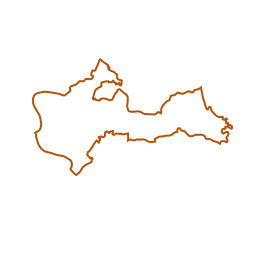 Hung Nguyen, Nghệ An, Vietnam, rotated 107°
{"feature_id": "81297802B19242536298701", "entity_name": "Hung Nguyen", "entity_type": "district", "adm_level": 2, "iso_a3": "VNM", "parent_name": "Vietnam", "parent_adm1": "Nghệ An", "projection": "orthographic", "projection_center": [105.613, 18.684], "detail": "fine", "context": "isolated", "style": "outline", "palette": "amber", "viewbox_px": 256, "rotation_deg": 107, "n_neighbors": 0, "source": "geoboundaries", "source_scale": "gbopen_adm2", "svg_char_len": 5765}
<svg xmlns="http://www.w3.org/2000/svg" viewBox="0 0 256 256"><g transform="rotate(107 128 128)"><path d="M159.8,215.4L161.3,213.9L164.1,212.8L167.7,210.4L170.7,208.0L173.2,204.9L174.3,201.9L174.6,200.9L174.7,199.4L174.4,194.5L174.5,187.6L173.9,182.7L173.8,181.3L174.0,180.1L174.6,177.7L175.3,174.6L175.6,173.7L176.5,172.6L178.0,171.5L179.3,170.9L181.0,170.7L182.1,170.7L183.5,171.0L184.0,171.0L184.6,170.6L187.5,165.7L187.9,164.5L188.0,163.6L184.9,161.7L182.8,160.7L180.2,160.2L178.5,159.6L177.1,158.7L175.6,157.6L171.2,152.9L168.2,153.7L167.7,153.0L167.0,153.5L167.9,155.3L167.7,155.4L165.8,159.1L162.8,159.3L160.9,157.9L151.7,155.3L149.7,154.6L149.1,154.3L150.5,151.7L150.3,151.4L150.1,151.4L149.4,151.7L149.1,151.7L148.4,151.3L146.9,151.4L146.3,151.8L146.2,152.2L146.3,152.5L146.2,152.8L145.2,153.2L145.1,152.2L144.9,151.9L144.1,151.6L144.0,151.4L144.1,149.0L143.9,148.6L143.3,148.1L142.1,147.8L141.1,148.0L139.9,148.5L139.2,148.6L137.9,147.9L137.6,147.6L137.6,147.2L138.2,144.5L138.1,144.3L137.9,144.2L137.1,144.5L136.9,144.0L135.1,141.5L135.2,141.3L135.4,141.2L138.0,141.2L138.6,140.8L138.7,140.3L138.7,139.5L138.6,139.4L137.3,138.3L136.8,137.7L136.3,135.6L136.2,134.7L135.4,132.9L135.7,132.4L135.8,132.0L135.7,131.2L133.2,126.4L138.4,124.6L139.9,124.3L139.1,123.6L138.5,122.7L138.3,122.1L138.3,121.3L138.2,118.8L137.9,118.2L136.4,116.3L136.1,115.6L135.9,113.9L135.6,113.1L134.9,111.8L134.2,108.9L134.6,106.9L134.9,105.5L135.0,104.2L135.0,103.4L134.8,102.6L134.3,100.8L133.0,98.0L131.9,98.7L131.2,98.9L130.5,99.0L130.1,98.4L129.6,97.9L129.0,97.5L128.2,96.8L127.3,95.9L125.7,92.1L124.2,89.3L123.2,86.4L122.6,85.4L121.9,84.5L121.3,83.9L120.1,83.2L119.4,82.6L118.5,81.8L117.9,81.0L117.4,79.8L114.5,80.3L113.9,80.0L113.3,79.0L113.2,78.4L113.4,78.0L114.5,76.9L114.8,76.2L114.5,73.9L114.6,73.2L114.8,72.5L115.1,71.8L116.6,69.6L117.3,68.2L117.6,67.3L117.6,66.1L117.5,65.3L117.2,64.6L116.6,63.7L115.7,62.5L114.6,61.3L114.2,59.4L113.1,56.6L113.0,55.5L112.9,54.5L113.1,53.1L113.3,52.3L113.6,51.9L115.1,50.7L115.4,50.1L115.6,49.5L115.5,48.9L114.8,47.5L114.7,46.9L114.7,46.2L114.7,45.5L115.4,43.5L115.5,41.7L115.4,39.0L115.5,37.9L116.0,36.4L116.1,35.4L115.4,35.5L114.6,35.3L114.0,35.1L113.4,34.6L113.0,34.0L112.4,31.8L112.4,31.2L112.8,30.2L112.8,29.8L112.7,29.4L112.3,29.2L111.8,29.1L111.4,29.1L110.7,29.3L110.3,29.6L109.5,30.6L108.8,31.0L108.1,31.1L107.3,30.8L106.5,30.3L104.8,30.1L104.1,30.3L103.6,30.5L102.8,31.5L102.7,31.9L102.7,32.4L103.0,32.9L104.8,34.3L105.3,34.9L105.5,35.3L105.4,35.8L105.2,36.2L104.6,36.9L104.0,37.3L102.6,37.5L101.9,37.4L101.4,37.1L101.0,36.7L100.9,36.2L100.8,35.5L100.4,35.1L100.0,34.8L99.4,34.9L99.0,35.1L98.8,35.3L98.3,34.9L97.7,34.1L97.6,33.3L97.6,32.8L97.7,32.1L98.6,29.5L98.4,28.8L98.2,28.6L96.9,28.6L96.3,29.0L95.9,29.3L95.6,29.9L95.4,30.7L95.4,31.4L95.8,32.9L95.8,33.3L95.1,33.9L94.9,33.9L94.6,33.9L94.2,33.6L93.8,34.1L93.8,34.3L94.0,34.5L94.6,35.2L94.6,35.4L94.5,35.7L94.1,36.0L92.8,36.4L91.7,36.5L91.2,36.4L90.6,36.0L90.3,36.6L90.3,37.0L90.5,37.2L91.9,38.0L92.0,38.3L92.1,39.1L91.8,39.8L91.4,40.3L90.8,40.5L90.2,40.3L89.8,40.7L89.7,41.4L90.8,43.3L90.9,44.5L90.8,46.1L90.1,48.0L87.3,52.9L86.4,53.7L85.0,54.2L84.6,54.5L84.1,55.1L84.0,55.8L84.0,56.3L84.2,56.5L84.9,56.7L86.4,57.0L87.0,57.1L87.0,58.0L85.4,59.6L80.9,62.5L77.8,64.8L68.0,70.1L68.5,70.3L70.2,72.0L71.1,73.3L72.1,75.2L74.6,76.2L75.1,76.7L75.5,77.9L75.5,78.5L75.1,79.5L75.0,80.3L75.3,81.1L78.9,85.1L79.3,85.9L79.5,86.8L79.6,90.6L79.7,91.0L80.9,91.8L83.0,93.0L84.0,95.4L84.7,96.2L85.0,96.4L86.2,96.4L89.4,96.6L89.9,97.1L90.4,97.9L92.0,99.2L95.1,100.7L96.8,101.3L98.2,101.7L99.8,101.8L101.2,101.5L103.2,100.8L103.9,100.7L104.4,100.8L104.5,101.1L103.8,103.1L103.9,103.6L104.1,104.0L106.4,105.4L107.3,106.6L107.9,108.8L109.0,113.5L109.7,115.5L109.7,117.6L109.0,120.2L109.0,122.6L109.1,123.5L110.1,125.5L111.2,128.7L111.6,130.0L111.7,131.1L111.6,132.1L111.0,132.9L108.5,134.7L106.8,135.3L103.0,136.0L99.4,137.0L97.9,137.7L96.9,138.8L96.4,139.7L95.4,142.8L93.5,147.0L93.4,147.4L94.2,148.9L94.7,149.1L96.5,149.1L98.3,150.1L101.7,150.8L104.9,151.3L105.8,151.7L106.2,152.4L106.7,153.6L106.7,155.3L106.6,158.7L106.9,160.0L107.9,162.3L108.2,162.8L108.8,162.9L109.6,162.9L110.0,163.3L110.4,164.8L110.4,166.4L110.2,167.2L109.6,167.9L109.6,168.4L109.7,168.6L110.7,168.7L110.8,169.1L110.1,170.1L109.4,170.3L103.5,170.4L100.8,170.0L100.0,169.6L97.4,167.3L96.4,166.0L95.7,165.7L93.8,166.3L92.7,166.6L92.3,166.6L92.0,166.4L90.3,163.5L89.1,160.6L89.1,160.3L89.3,160.1L90.0,159.6L89.8,159.2L89.1,158.2L89.1,157.2L88.8,156.9L87.0,156.0L87.1,155.7L87.4,155.4L88.2,155.0L88.4,154.6L88.6,152.6L89.6,152.5L89.8,152.3L89.8,151.8L89.6,151.5L89.4,151.2L87.8,150.0L87.7,149.8L87.7,149.4L88.0,149.1L89.2,148.5L89.6,148.2L89.3,147.2L88.2,147.0L84.5,147.8L84.4,151.9L83.5,152.9L81.1,154.0L79.9,154.4L79.8,155.1L78.7,157.2L78.5,158.0L78.3,161.0L78.1,162.3L77.3,163.8L76.9,164.2L76.6,164.2L76.2,163.5L76.0,163.3L75.5,163.6L75.4,164.0L75.4,164.9L75.1,165.1L74.0,165.2L73.8,165.4L72.0,171.1L70.5,174.1L70.4,174.6L70.6,174.8L71.1,175.0L78.0,175.6L81.2,176.0L82.6,176.3L82.9,176.5L83.1,176.8L83.2,178.4L83.4,178.7L83.9,178.9L87.4,178.9L87.8,178.8L88.4,178.3L88.6,176.8L88.8,176.4L89.5,176.4L90.3,176.5L91.3,177.0L92.1,177.8L92.7,179.6L93.2,182.1L93.5,182.6L93.7,182.8L95.8,183.9L96.8,185.3L97.1,187.6L97.4,187.9L98.3,188.5L101.2,190.1L102.1,191.0L103.9,193.4L104.3,194.3L105.1,195.0L105.9,195.2L106.5,195.2L107.6,194.8L108.7,194.1L109.4,194.1L110.0,194.3L115.1,197.9L115.5,198.7L115.8,199.6L115.5,202.8L115.6,205.2L116.4,211.4L117.2,216.5L118.0,219.0L120.7,224.1L122.4,226.2L124.1,227.1L126.6,227.4L128.2,227.3L130.2,226.6L132.2,225.8L133.1,225.3L136.2,222.5L140.6,217.6L141.9,216.3L143.5,215.1L149.5,212.1L153.6,211.6L155.5,211.8L156.9,212.7L159.8,215.4Z" fill="none" stroke="#b45309" stroke-width="2"/></g></svg>